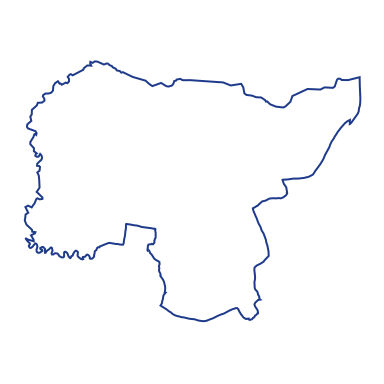 the district of Leraba, Léraba, Burkina Faso, rotated 91°
{"feature_id": "67063806B8254339248909", "entity_name": "Leraba", "entity_type": "district", "adm_level": 2, "iso_a3": "BFA", "parent_name": "Burkina Faso", "parent_adm1": "Léraba", "projection": "mercator", "projection_center": [-5.133, 10.653], "detail": "fine", "context": "isolated", "style": "outline", "palette": "blue", "viewbox_px": 384, "rotation_deg": 91, "n_neighbors": 0, "source": "geoboundaries", "source_scale": "gbopen_adm2", "svg_char_len": 6024}
<svg xmlns="http://www.w3.org/2000/svg" viewBox="0 0 384 384"><g transform="rotate(91 192 192)"><path d="M74.3,26.4L77.4,37.9L77.4,44.2L76.2,45.9L76.1,47.7L77.3,49.0L84.0,51.1L85.4,52.9L85.1,61.3L87.3,65.4L87.0,78.3L94.3,93.3L100.1,95.2L104.7,99.9L105.9,102.2L105.2,109.4L103.0,115.3L100.1,118.5L100.3,119.7L98.9,120.4L96.3,124.5L96.1,129.6L94.6,133.6L94.0,139.2L92.5,141.3L86.4,142.6L83.0,144.7L84.8,155.1L81.9,162.8L80.2,195.8L80.4,203.3L79.1,205.6L79.9,209.4L81.0,210.0L81.4,211.7L84.1,212.5L85.9,213.9L87.0,217.4L86.6,219.6L83.5,224.8L86.8,233.5L84.7,236.7L81.5,240.3L78.0,253.3L73.4,263.2L73.9,264.8L72.4,266.2L71.7,269.4L70.0,270.5L68.7,273.5L67.6,274.1L66.6,276.6L65.1,278.3L65.0,279.6L66.1,282.3L63.3,288.8L63.1,291.4L64.6,293.6L63.7,295.9L65.4,296.0L67.4,295.0L67.3,298.9L70.2,302.4L71.6,302.7L77.4,313.3L76.3,315.2L76.8,316.4L79.1,318.3L80.9,317.0L83.6,316.9L85.4,318.5L84.8,320.1L87.0,324.1L85.8,325.3L86.0,326.3L83.6,328.0L85.6,330.8L88.6,332.5L93.0,332.8L95.1,334.4L96.0,336.8L96.1,340.2L97.7,342.5L99.0,342.8L101.3,341.3L103.3,341.1L105.2,343.5L105.5,347.7L108.2,348.7L112.6,353.5L117.3,353.6L119.5,355.0L123.7,353.9L127.3,357.9L129.9,358.1L131.3,357.1L133.9,349.6L135.9,348.4L137.6,348.8L136.7,349.9L137.1,350.7L139.8,351.5L144.8,354.5L147.0,354.5L151.0,350.8L154.0,350.8L156.1,347.9L157.0,349.0L158.5,349.3L159.5,347.7L159.3,346.0L156.6,344.5L158.0,343.2L160.0,342.5L162.2,343.0L166.3,347.2L168.5,347.4L168.8,345.1L169.7,344.4L173.4,344.8L175.1,347.0L178.2,345.5L182.2,345.0L190.3,344.5L194.6,347.3L200.0,341.5L201.5,341.4L202.0,344.2L201.0,346.5L201.9,347.6L206.3,349.3L207.9,350.6L210.2,352.0L208.5,355.7L210.0,358.3L215.6,355.4L217.4,358.0L220.9,358.3L223.4,358.7L227.6,356.9L232.5,351.4L234.5,351.0L234.9,347.9L236.1,348.3L238.1,352.2L242.4,349.6L244.0,349.4L242.4,355.3L241.0,357.8L243.2,356.3L246.3,353.2L247.0,353.1L248.5,354.2L249.1,354.1L249.8,353.8L250.7,353.0L250.7,352.2L250.5,351.7L249.3,350.3L247.6,349.1L246.2,347.8L246.2,347.4L246.5,346.8L247.5,346.1L249.3,345.6L252.6,346.5L254.0,346.3L254.8,345.9L255.4,344.9L255.5,344.4L255.3,343.3L254.8,342.4L253.8,340.9L253.5,340.7L252.9,340.7L252.3,340.9L252.1,342.0L251.8,342.4L251.3,342.7L250.7,342.7L249.6,340.9L249.6,340.2L250.0,339.3L251.5,338.0L252.3,337.9L253.7,338.2L255.4,337.8L255.2,337.2L254.0,336.6L253.0,335.7L251.9,334.0L250.2,332.5L249.9,331.9L250.2,331.3L250.7,331.0L253.1,330.4L255.8,331.4L256.9,330.9L256.9,329.7L255.9,328.4L255.6,327.8L255.8,325.8L256.2,325.0L258.4,323.5L259.6,321.3L259.7,320.5L259.6,319.6L259.1,319.0L258.7,318.8L254.7,318.8L254.0,318.2L254.0,317.4L255.0,315.9L255.7,315.4L257.9,314.6L258.6,314.2L259.9,313.2L260.2,312.5L259.5,311.9L258.3,311.5L257.8,310.3L256.6,309.8L255.8,309.7L255.1,309.1L254.1,308.7L252.8,307.4L252.7,306.9L253.5,305.5L254.0,305.1L254.7,305.0L256.7,305.3L257.9,305.2L258.8,304.6L260.8,302.1L261.3,300.5L260.9,299.6L260.1,300.1L259.2,300.2L258.8,299.8L258.9,299.2L258.7,298.2L258.4,297.6L256.9,296.5L256.5,296.0L256.5,295.4L257.1,294.2L258.2,293.4L259.2,293.0L260.2,293.0L260.5,292.5L260.4,290.9L260.0,290.2L259.5,289.8L258.5,288.9L257.8,288.7L256.7,288.9L256.2,288.6L255.6,288.4L253.3,288.2L252.4,287.7L251.7,286.6L249.8,286.0L249.5,285.8L249.0,285.1L248.9,283.6L248.1,283.4L247.4,281.5L246.5,279.6L244.3,274.2L244.5,272.4L245.3,267.1L245.3,265.3L245.8,263.1L245.9,260.1L244.4,259.4L241.7,259.2L236.4,258.2L232.3,257.9L229.5,257.4L226.2,257.5L225.1,257.2L225.6,252.9L226.1,250.6L226.6,245.9L227.9,241.4L228.9,232.2L229.4,229.6L229.3,229.2L229.5,228.1L230.1,227.9L230.8,228.2L233.6,227.6L238.4,227.6L238.9,227.8L239.5,228.3L240.5,228.4L241.1,228.8L243.3,228.7L244.9,230.0L244.6,231.0L244.9,231.1L245.0,233.2L245.4,234.7L247.3,235.3L248.8,235.2L249.8,235.5L251.0,235.5L251.5,235.2L251.0,234.2L252.0,233.5L253.9,232.7L255.3,231.2L259.3,228.6L260.9,226.4L261.1,225.7L262.5,223.4L263.2,223.4L264.5,223.1L266.9,223.8L268.9,223.3L269.9,223.6L271.8,223.5L274.2,222.2L276.1,221.9L276.4,222.2L280.1,219.5L282.6,218.3L284.1,218.0L286.6,217.3L288.7,217.1L290.8,217.2L293.3,217.6L293.3,216.8L295.6,218.6L297.3,219.0L299.4,219.2L301.8,219.9L303.9,220.2L306.1,221.5L309.8,215.4L311.8,212.8L312.6,211.2L314.4,209.1L315.4,207.2L315.9,205.9L316.5,203.9L316.5,203.1L317.0,201.6L317.4,199.9L317.4,199.2L317.5,198.1L318.8,192.3L319.2,187.3L320.3,183.6L320.6,181.9L320.9,179.3L320.9,177.3L320.4,174.9L320.0,174.2L317.8,168.6L315.4,164.1L313.9,160.7L313.1,158.2L310.0,152.7L308.5,149.5L307.3,145.9L307.4,144.7L308.2,143.8L309.2,143.3L310.4,142.8L311.8,141.8L313.1,141.1L316.6,138.3L318.1,135.7L317.7,134.7L317.9,134.1L317.6,133.1L318.4,132.9L318.8,132.4L318.9,132.0L318.1,129.7L316.9,128.9L316.1,127.5L314.9,127.1L314.5,126.8L313.4,125.2L312.4,124.7L312.3,124.0L311.9,123.8L309.2,124.3L305.3,126.9L303.7,127.5L303.1,127.6L301.4,126.7L298.8,124.0L298.4,121.9L298.1,122.3L297.2,122.8L295.3,123.0L294.5,123.4L293.3,124.3L292.4,124.3L290.3,125.1L288.7,126.7L287.8,127.3L286.8,127.6L281.3,128.0L276.9,127.4L273.5,127.7L269.0,128.3L266.8,128.2L265.9,127.7L264.2,125.7L262.5,122.3L260.5,119.3L258.8,118.1L254.6,114.2L249.8,114.5L245.7,115.4L244.8,115.5L240.5,117.0L238.7,117.2L232.3,119.7L229.2,121.7L225.7,122.9L223.0,124.5L220.6,125.6L217.1,126.9L214.7,128.1L213.2,128.7L210.5,130.0L207.5,130.9L206.8,130.4L206.6,129.6L205.9,128.4L205.0,127.2L204.6,126.2L203.0,124.7L202.6,124.2L200.2,121.7L199.3,118.2L197.4,114.8L197.1,113.7L196.8,110.9L196.9,108.0L196.6,105.4L196.6,104.3L196.8,103.6L196.7,103.0L195.8,100.7L193.6,97.9L191.7,96.8L190.9,97.2L190.4,96.9L189.8,97.0L188.5,97.4L186.1,97.7L184.3,98.7L183.4,99.5L182.3,100.3L178.3,101.7L178.1,101.2L177.8,96.7L176.8,90.7L176.8,87.5L176.6,84.9L175.9,79.9L174.7,75.5L172.6,71.6L171.9,71.0L168.8,69.1L162.2,64.4L158.2,62.0L156.2,61.0L152.4,59.5L145.4,55.8L144.1,55.2L142.8,54.9L139.3,53.4L136.2,51.3L134.0,50.2L131.7,48.7L129.1,47.2L127.9,46.2L125.6,44.6L120.1,39.9L119.5,38.9L118.8,38.3L117.2,35.4L121.2,35.4L120.8,34.7L119.3,33.5L111.2,27.9L108.7,26.8L105.1,26.4L103.0,25.7L100.2,25.4L95.5,25.3L82.6,26.1L74.3,26.4Z" fill="none" stroke="#1e3a8a" stroke-width="2"/></g></svg>